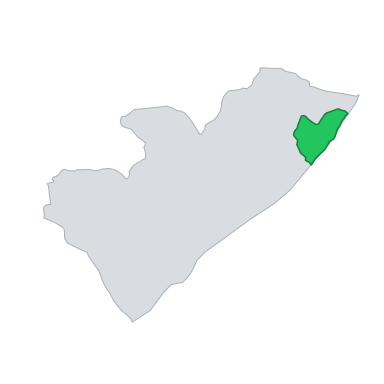 Grand Kru on a map of Liberia (Mercator projection), rotated 282°
{"feature_id": "LBR-780", "entity_name": "Grand Kru", "entity_type": "County", "adm_level": 1, "iso_a3": "LBR", "parent_name": "Liberia", "parent_adm1": "", "projection": "mercator", "projection_center": [-8.188, 4.813], "detail": "fine", "context": "in_parent", "style": "filled", "palette": "green", "viewbox_px": 384, "rotation_deg": 282, "n_neighbors": 0, "source": "natural_earth", "source_scale": "10m", "svg_char_len": 3066}
<svg xmlns="http://www.w3.org/2000/svg" viewBox="0 0 384 384"><g transform="rotate(282 192 192)"><path d="M52.5,160.7L56.1,157.6L61.4,147.8L68.8,138.4L75.7,132.8L81.2,127.0L87.0,122.6L95.3,117.5L108.0,103.9L110.9,102.3L113.0,92.9L116.1,80.9L119.8,77.2L128.4,75.0L130.5,72.9L133.5,64.5L135.5,54.7L135.7,52.5L139.1,52.3L144.9,50.1L148.3,51.1L149.8,53.9L150.5,56.3L168.2,50.2L169.7,48.9L170.6,49.1L172.9,54.7L174.1,54.3L175.2,52.7L176.4,52.6L177.7,53.3L179.1,55.9L181.4,58.2L185.2,59.8L187.6,62.1L187.3,68.0L188.3,73.7L189.9,75.0L190.8,78.5L191.3,82.2L192.2,84.2L192.8,88.0L192.5,92.1L193.2,95.0L196.0,99.9L197.7,106.1L197.8,110.5L196.7,115.2L194.9,119.4L191.6,124.0L191.3,125.8L193.3,127.0L196.2,127.3L198.7,126.3L204.9,128.5L208.2,131.5L211.1,135.3L213.7,137.2L214.8,139.5L219.3,138.9L224.4,136.6L225.5,135.5L227.0,136.1L230.3,136.3L232.6,132.2L234.5,127.5L238.5,122.4L240.5,120.4L241.0,117.1L241.2,112.9L242.6,109.2L245.9,107.2L249.5,107.2L251.4,108.0L252.4,111.5L255.3,114.2L257.7,116.1L259.0,116.9L261.0,119.0L263.0,126.1L270.6,149.2L270.2,155.6L268.7,159.8L268.6,163.9L268.1,167.9L263.5,174.5L249.7,188.0L250.8,189.1L254.1,190.7L257.4,191.5L260.2,191.1L263.6,194.4L267.3,198.7L271.2,200.9L276.9,202.8L281.8,203.0L286.0,202.3L292.0,203.1L298.3,206.6L300.5,212.4L302.0,217.4L304.2,220.0L304.5,224.4L309.0,228.2L315.4,229.0L323.7,233.4L325.8,233.2L326.8,232.6L327.8,233.5L329.9,246.5L331.5,253.3L330.6,256.1L329.5,258.3L329.4,268.8L325.7,274.8L325.1,281.4L324.0,283.5L320.0,285.4L320.0,290.4L318.9,296.6L318.5,303.1L319.6,320.0L319.8,332.7L321.6,335.1L313.8,334.0L290.8,324.4L273.1,318.8L213.8,287.2L197.4,274.5L178.4,255.5L136.1,217.4L126.5,211.2L114.4,208.3L106.8,205.0L101.5,201.5L97.2,190.9L86.7,184.6L67.2,175.6L52.5,160.7Z" fill="#d9dde1" stroke="#a8b0b8" stroke-width="1"/><path d="M301.3,328.0L300.0,327.6L298.4,326.3L297.6,326.0L296.5,325.9L295.9,325.5L295.3,325.1L294.7,324.6L293.4,324.1L290.5,323.4L288.2,323.0L283.9,321.3L275.6,320.3L273.2,319.5L270.3,316.3L269.3,315.7L267.9,315.5L260.9,313.0L253.4,307.6L249.5,305.4L242.9,303.0L243.0,303.0L244.7,301.4L245.3,300.7L245.7,299.6L245.8,298.6L246.3,296.9L246.5,296.5L246.8,296.3L248.5,296.1L248.8,296.1L249.4,295.8L249.7,295.6L249.9,295.4L250.9,293.3L252.4,290.6L252.9,290.0L253.2,289.6L255.2,288.4L259.7,285.0L260.0,284.8L260.2,284.7L260.8,284.7L263.7,284.7L264.1,284.6L264.6,284.4L265.0,284.1L265.2,283.8L265.8,282.9L267.9,280.3L268.3,280.0L268.9,279.6L269.7,279.3L272.7,279.7L273.7,280.0L276.1,281.6L276.6,281.7L276.9,281.7L277.3,281.5L279.6,281.7L289.0,283.2L289.8,285.0L289.8,285.5L289.9,286.3L289.7,286.8L289.6,287.2L289.4,287.6L288.9,288.2L287.3,290.9L286.3,292.7L283.9,298.6L283.9,299.3L284.0,299.9L284.1,300.2L284.2,300.6L284.3,300.8L284.7,301.3L285.2,301.7L285.5,301.8L290.3,303.5L294.7,305.4L295.7,305.9L296.2,306.3L296.8,306.8L297.3,307.3L297.7,307.9L300.7,312.9L301.7,314.3L303.3,317.0L303.6,317.7L303.7,318.2L303.6,318.8L303.1,320.6L303.0,321.9L303.1,324.4L303.0,324.9L302.8,325.4L302.5,325.8L301.6,327.4L301.3,328.0L301.3,328.0Z" fill="#22c55e" stroke="#15803d" stroke-width="1.5"/></g></svg>